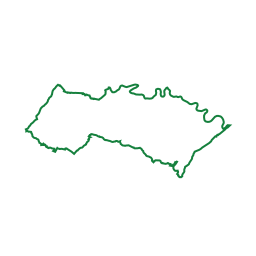 the district of Farcasesti, Gorj, Romania, rotated 341°
{"feature_id": "2599482B37967446659038", "entity_name": "Farcasesti", "entity_type": "district", "adm_level": 2, "iso_a3": "ROU", "parent_name": "Romania", "parent_adm1": "Gorj", "projection": "natural_earth1", "projection_center": [23.175, 44.859], "detail": "fine", "context": "isolated", "style": "outline", "palette": "green", "viewbox_px": 256, "rotation_deg": 341, "n_neighbors": 0, "source": "geoboundaries", "source_scale": "gbopen_adm2", "svg_char_len": 5812}
<svg xmlns="http://www.w3.org/2000/svg" viewBox="0 0 256 256"><g transform="rotate(341 128 128)"><path d="M225.2,158.7L223.1,157.8L221.9,158.3L220.9,159.1L218.6,159.9L218.1,159.9L217.7,159.6L217.4,158.3L217.6,157.2L217.9,156.6L220.0,154.6L220.5,153.5L220.7,151.0L220.3,149.1L219.6,147.6L219.0,147.0L217.2,145.9L215.9,145.5L213.9,145.7L209.6,148.1L208.5,148.5L207.3,148.6L206.3,148.5L205.1,148.1L203.5,147.0L203.0,145.9L202.9,145.3L203.3,143.0L204.0,141.0L205.7,139.3L207.3,138.9L208.1,138.4L208.6,137.6L208.6,137.1L208.3,136.4L208.0,136.0L207.2,135.7L203.1,136.0L200.2,134.6L199.4,134.0L198.9,133.1L198.9,132.1L199.4,131.4L201.2,129.3L201.5,127.8L201.4,127.4L201.0,126.9L199.7,126.2L195.9,126.2L194.5,125.5L194.1,125.2L192.6,122.8L189.8,120.0L189.0,119.0L188.7,118.1L188.6,116.5L188.4,115.9L188.0,115.4L187.5,115.2L185.7,115.2L184.9,114.8L184.4,114.2L183.9,113.9L181.5,113.5L180.7,112.9L179.1,111.2L178.7,110.1L178.7,109.1L178.9,108.4L179.8,106.7L179.5,105.5L178.7,104.3L178.6,103.4L178.3,102.6L177.5,102.6L176.9,102.9L176.2,103.5L175.3,103.9L174.5,104.6L174.1,105.6L173.5,108.4L173.0,109.2L171.9,109.8L171.1,109.7L170.1,109.1L169.7,108.3L169.9,106.5L170.7,105.0L170.9,104.3L171.0,102.5L170.8,101.7L169.7,101.0L168.7,100.6L167.3,100.7L166.8,101.3L166.4,102.2L166.2,103.8L165.1,105.7L162.6,106.6L160.9,107.6L159.8,107.7L158.0,107.3L155.6,106.2L153.9,105.8L153.4,104.8L153.4,102.5L153.1,101.9L152.1,101.0L151.6,100.7L150.2,100.4L146.5,98.9L144.6,97.2L143.3,96.6L142.1,95.6L141.7,94.9L141.6,94.3L141.7,93.9L142.9,93.3L146.2,92.5L148.8,92.4L150.9,91.7L151.1,91.6L151.4,91.1L151.0,90.4L149.3,89.4L148.0,89.1L140.1,88.9L138.9,88.2L136.3,85.9L135.3,85.8L134.6,86.0L134.2,86.3L132.6,88.1L132.0,88.5L131.5,88.7L130.4,88.8L128.3,89.6L126.5,89.7L125.3,89.3L124.8,88.9L124.0,86.1L124.2,85.2L124.1,84.4L123.9,83.9L123.2,83.4L122.9,83.4L122.5,84.2L122.0,84.6L119.8,84.6L118.7,84.9L118.7,85.3L118.8,85.9L118.7,86.6L118.3,87.1L117.9,88.4L117.0,89.1L112.3,91.0L110.5,91.4L109.7,91.8L106.2,89.7L105.3,89.5L105.4,89.2L104.1,88.6L104.0,88.8L104.2,89.1L102.9,88.2L102.6,87.7L102.4,87.7L102.3,87.4L102.2,87.0L102.4,86.7L102.2,84.7L101.5,84.5L99.6,82.8L99.1,82.7L98.6,83.3L98.1,83.1L98.2,82.7L98.0,82.2L97.7,81.5L97.5,81.4L97.3,81.6L96.2,81.2L96.6,80.4L89.8,77.7L87.5,77.0L85.6,76.0L85.3,76.2L84.6,76.1L83.8,75.3L83.0,75.0L82.8,75.1L82.4,74.7L82.1,74.9L79.4,72.5L79.8,72.1L79.7,72.0L80.1,71.7L78.1,66.6L77.8,66.5L77.5,66.0L77.6,65.8L77.5,65.4L77.3,65.3L76.9,65.6L76.4,65.0L76.4,64.6L76.8,64.2L76.2,64.5L75.9,64.3L73.4,65.5L73.0,65.9L71.4,66.9L70.4,67.2L68.8,68.5L67.7,70.3L67.1,71.5L66.4,72.1L65.7,73.0L63.3,73.9L62.3,75.0L61.4,75.6L60.9,76.6L59.8,77.6L58.0,78.6L57.2,78.8L55.7,79.7L54.2,79.9L51.9,81.1L48.8,84.8L47.9,85.5L45.2,86.9L45.0,87.6L44.9,90.1L43.4,90.2L42.0,90.7L40.1,91.8L37.5,92.7L36.1,93.9L34.9,94.3L34.1,95.2L33.0,95.9L31.0,96.0L31.1,97.3L30.8,98.0L31.9,98.0L32.7,99.1L33.7,99.4L35.1,100.1L35.2,100.7L35.0,101.0L35.0,101.8L35.3,102.4L35.3,103.0L35.0,104.8L35.4,105.6L35.8,106.4L36.3,106.9L37.8,107.8L38.1,108.5L39.3,109.6L39.5,110.5L39.3,111.3L39.5,112.7L39.4,113.1L39.9,113.5L40.8,114.9L40.4,115.9L41.4,116.1L42.4,116.5L42.4,116.2L42.0,115.6L42.9,115.2L43.3,116.1L44.3,116.9L44.5,117.8L44.4,118.6L44.5,119.0L45.3,119.0L45.3,119.4L45.1,119.8L46.0,120.6L46.0,120.9L46.5,121.2L46.9,120.9L48.4,121.4L49.4,122.5L51.6,123.6L51.2,124.7L49.8,125.4L51.4,126.8L54.6,123.9L54.9,124.5L56.1,125.2L56.5,125.6L58.6,126.1L60.7,127.4L60.9,127.3L61.4,127.5L61.5,127.7L62.2,127.0L63.0,127.2L63.2,127.3L63.2,127.7L63.6,127.9L66.9,132.0L68.6,134.9L72.3,132.7L73.0,132.9L73.7,132.4L75.5,131.6L76.7,131.3L78.2,131.6L79.2,131.2L80.4,130.4L83.0,129.9L83.1,129.4L83.4,129.1L84.3,128.5L84.7,128.0L85.2,127.9L86.5,127.3L86.6,127.0L87.3,126.3L86.9,125.8L88.7,124.4L89.3,124.4L88.2,123.2L89.6,122.2L90.2,122.4L90.7,122.3L91.2,121.8L92.1,122.2L93.7,123.4L93.8,123.4L95.4,124.3L96.1,124.9L96.8,125.9L98.2,127.1L98.4,126.9L98.8,127.4L100.5,128.4L101.3,129.5L101.5,130.6L102.2,131.7L103.0,132.0L103.3,132.4L103.9,132.5L105.8,133.9L106.6,134.3L108.5,136.0L109.3,136.3L110.5,136.3L111.3,136.6L111.8,136.6L112.1,136.4L112.9,136.5L113.5,136.8L114.3,137.9L116.0,137.9L115.6,138.3L116.0,138.9L115.9,140.7L116.4,141.3L116.8,142.2L117.5,142.9L118.9,143.5L119.4,143.9L120.3,143.9L123.0,144.6L126.3,148.0L127.1,148.3L127.3,149.1L127.9,149.5L130.6,150.3L132.8,150.6L133.0,151.1L133.6,151.6L134.1,152.6L134.2,153.7L134.9,154.7L134.7,156.0L135.0,156.9L136.1,159.0L136.1,159.8L136.8,160.8L138.5,161.8L139.0,162.5L139.8,163.1L140.2,163.7L140.4,164.5L140.6,165.6L140.0,166.7L140.5,168.0L140.9,168.2L141.0,168.5L141.7,167.9L142.1,168.2L142.9,167.6L143.5,167.5L147.4,169.0L148.0,169.9L148.0,171.4L148.6,172.3L149.3,172.7L149.5,172.5L150.2,173.2L151.8,174.1L153.3,174.3L154.3,174.1L154.8,174.6L154.8,174.9L155.8,175.9L156.5,175.9L156.7,176.2L156.4,176.8L155.6,177.3L157.3,178.3L158.8,177.3L159.0,177.3L159.6,177.8L159.8,177.7L159.9,177.3L160.2,177.2L160.9,177.4L161.3,177.1L161.2,176.6L161.6,176.6L161.6,176.3L161.2,176.0L161.6,175.6L162.4,176.3L163.2,175.7L163.4,175.9L161.5,177.4L158.3,179.2L157.8,181.0L157.9,182.2L158.5,183.6L158.8,183.9L161.0,184.5L160.8,185.2L161.1,185.5L160.9,186.2L159.9,187.3L159.5,187.5L160.2,188.7L160.0,189.0L160.2,189.4L160.0,189.6L160.6,191.1L160.8,191.3L161.3,191.3L162.0,191.8L163.5,191.4L163.7,190.6L164.4,189.6L166.7,187.9L167.2,187.3L167.5,186.0L167.9,185.3L168.8,184.3L169.3,183.4L169.9,183.1L170.9,183.1L171.9,182.6L173.0,182.4L173.8,182.0L174.8,180.8L178.2,178.2L178.9,177.2L179.1,176.5L179.6,175.9L180.7,175.2L181.7,173.6L182.8,172.8L183.3,172.1L188.5,171.8L190.4,171.3L191.7,170.7L200.1,168.6L201.5,167.9L202.1,167.8L203.3,166.6L207.9,164.3L208.8,164.9L209.4,164.1L210.2,163.6L210.9,164.0L211.4,163.5L212.4,163.6L212.8,163.4L219.1,161.1L220.9,160.1L222.3,160.0L225.2,158.7Z" fill="none" stroke="#15803d" stroke-width="2"/></g></svg>